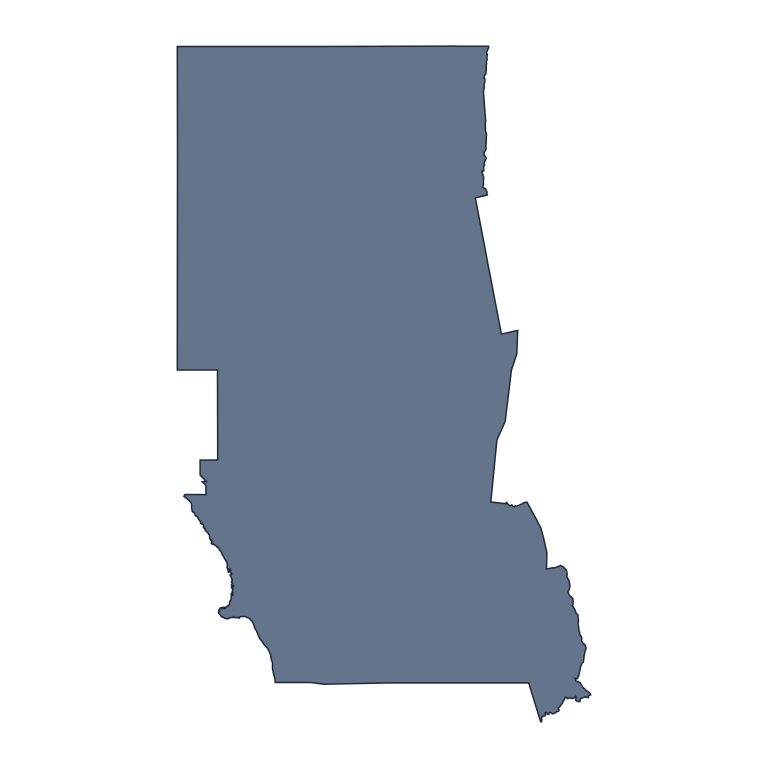 outline of Wakefield, South Australia, Australia
{"feature_id": "25037944B28741170589797", "entity_name": "Wakefield", "entity_type": "district", "adm_level": 2, "iso_a3": "AUS", "parent_name": "Australia", "parent_adm1": "South Australia", "projection": "equal_earth", "projection_center": [138.381, -34.007], "detail": "fine", "context": "isolated", "style": "filled", "palette": "slate", "viewbox_px": 768, "rotation_deg": 0, "n_neighbors": 0, "source": "geoboundaries", "source_scale": "gbopen_adm2", "svg_char_len": 6067}
<svg xmlns="http://www.w3.org/2000/svg" viewBox="0 0 768 768"><path d="M541.2,721.9L541.6,721.7L541.7,721.0L541.8,719.6L541.6,718.8L541.7,717.2L542.7,716.3L544.9,715.9L545.3,715.6L545.5,714.6L545.0,713.0L545.3,712.5L545.6,712.4L546.4,712.5L546.9,713.0L547.4,714.3L548.4,714.5L549.0,714.0L549.2,713.0L549.7,712.4L550.4,712.4L551.1,712.7L551.9,713.5L552.9,713.9L555.0,713.1L557.1,711.5L558.4,711.4L559.0,710.4L559.1,709.9L558.2,708.6L558.2,708.0L558.8,707.4L559.9,706.5L561.1,705.0L561.3,704.4L562.4,703.4L562.8,702.6L563.1,701.2L564.5,699.4L564.9,698.0L565.1,697.6L565.5,697.2L566.2,697.2L566.8,698.1L567.7,698.7L568.1,698.6L569.7,697.6L571.0,698.4L573.5,698.5L575.4,696.3L575.9,696.3L576.2,697.0L575.7,699.9L575.8,700.5L577.5,701.4L579.2,701.7L580.1,701.2L580.1,700.9L580.0,700.7L580.2,699.5L581.0,698.6L584.2,697.2L586.1,697.0L587.2,697.3L587.7,697.6L588.1,697.7L588.5,697.0L588.5,695.7L590.7,694.9L590.6,694.4L589.2,692.5L585.3,689.8L585.0,689.2L583.1,687.4L581.0,684.6L580.4,683.4L580.5,683.1L579.1,682.2L578.2,682.0L578.0,681.6L577.9,681.8L577.4,682.0L577.0,681.6L576.0,681.1L575.6,680.3L575.6,679.7L575.0,678.4L577.1,678.8L577.7,678.0L578.7,675.7L580.9,665.9L582.1,663.1L583.5,661.8L584.2,655.1L585.0,651.7L586.1,648.1L585.3,645.5L584.7,644.2L583.4,643.9L582.7,642.6L581.7,641.6L581.5,640.2L581.9,639.2L581.4,636.6L579.8,634.3L579.6,632.2L579.3,631.1L578.7,630.0L578.9,628.6L577.9,623.2L578.5,621.8L578.3,619.0L578.1,617.3L577.9,614.7L576.4,613.8L575.1,610.2L572.4,605.7L573.1,604.4L572.9,603.0L573.2,601.7L572.7,599.0L572.7,598.3L571.7,597.5L571.6,597.1L570.0,596.0L568.2,593.0L568.2,590.7L569.3,589.7L569.4,588.5L569.9,586.7L570.0,585.5L569.7,584.6L569.2,581.0L567.0,577.2L567.1,573.9L566.5,570.4L564.5,568.0L563.1,566.7L560.6,565.5L555.3,567.7L551.9,567.9L546.4,569.1L546.5,567.5L546.9,553.0L544.1,540.2L540.9,528.0L536.5,519.8L536.6,519.5L535.9,518.4L527.2,502.5L526.8,502.2L525.3,502.3L523.1,503.0L522.7,503.6L517.3,506.0L516.5,506.1L515.2,505.8L514.5,506.6L514.0,506.7L513.3,506.4L511.9,505.0L511.4,505.0L510.2,505.8L509.6,505.6L507.9,504.2L507.3,503.0L506.6,502.5L506.3,502.5L506.1,502.7L505.8,503.7L490.8,502.0L496.9,440.1L505.2,421.4L511.4,370.2L516.8,353.9L517.7,330.4L501.4,334.1L494.8,299.8L488.9,268.7L488.7,268.4L485.0,248.3L475.3,197.9L487.4,195.0L486.7,193.2L487.0,192.4L486.8,191.3L485.4,188.7L483.2,187.6L482.8,186.3L483.1,185.4L483.6,184.8L483.4,181.4L483.7,177.4L482.0,171.8L482.1,171.1L483.9,170.8L483.6,169.0L483.7,167.9L483.5,166.9L483.9,165.9L484.6,165.4L484.6,164.5L484.1,163.7L484.5,162.1L486.2,158.5L485.9,157.3L485.3,156.3L484.2,155.8L484.1,153.6L484.4,152.2L486.1,149.1L485.9,144.6L486.2,143.8L485.8,143.2L486.4,142.2L486.0,141.1L486.3,139.5L486.2,138.7L486.4,138.2L486.2,137.0L486.5,135.7L486.5,133.7L485.9,132.6L485.5,130.2L485.3,124.6L485.6,120.7L483.5,92.5L483.8,89.1L484.3,87.9L484.1,84.0L484.8,82.4L484.9,79.2L484.1,78.0L484.4,75.7L485.9,73.9L486.3,69.7L486.2,68.1L486.3,66.4L486.1,65.1L486.6,64.0L486.6,63.4L486.3,61.8L487.1,59.9L486.9,58.1L487.4,54.4L486.8,53.6L486.7,51.9L487.8,49.7L487.9,48.8L488.7,47.9L488.6,46.2L459.1,46.2L453.1,46.1L316.7,46.5L177.3,46.5L177.5,151.9L177.3,370.0L217.5,370.0L217.7,460.0L200.1,460.1L200.1,475.1L206.4,481.6L202.4,481.6L205.9,485.6L206.0,494.6L185.0,494.5L184.8,494.8L184.3,495.2L183.9,496.4L185.9,497.9L189.4,500.8L191.0,502.7L191.7,504.6L191.6,508.2L192.4,511.7L192.7,512.0L193.4,511.9L194.3,512.7L195.1,515.0L195.5,515.7L196.1,516.2L197.4,516.5L197.7,517.4L198.9,519.8L199.9,520.8L200.3,521.4L200.4,522.7L200.7,523.4L201.4,523.9L201.7,523.9L202.1,523.2L202.4,523.8L203.2,524.7L203.8,526.0L203.8,526.3L203.3,527.0L203.4,527.5L204.3,528.4L205.2,528.5L205.3,529.1L205.1,530.4L205.9,530.8L206.9,532.1L208.1,533.0L208.5,534.1L209.6,535.8L209.6,538.0L210.5,539.9L210.7,540.0L211.3,539.6L211.7,540.0L211.8,542.2L211.2,542.9L211.3,543.4L211.8,544.1L212.3,544.3L213.2,543.7L213.6,544.4L214.8,545.2L215.8,545.6L217.3,547.2L218.5,547.4L219.2,549.1L220.2,550.8L220.9,551.5L221.3,552.2L222.6,555.5L223.4,556.3L224.4,558.0L224.5,558.9L225.4,559.9L226.4,561.8L227.2,562.6L227.0,563.8L227.4,564.8L227.2,565.7L227.1,567.7L228.2,570.6L228.3,572.2L228.7,572.3L228.9,572.0L228.8,569.2L229.0,569.0L229.9,568.8L230.3,569.1L230.5,570.1L230.2,570.9L230.7,571.4L230.5,572.2L230.6,572.9L231.7,573.7L231.7,574.2L231.5,574.7L230.8,574.8L230.1,575.0L230.1,575.6L230.9,576.5L231.8,578.9L232.1,580.3L232.1,581.0L231.5,581.7L231.4,582.1L231.6,582.4L232.3,582.9L232.5,583.3L232.3,583.7L231.6,584.4L231.3,585.2L232.0,586.0L232.9,585.5L233.3,585.4L233.6,585.6L233.6,585.9L232.9,587.4L232.0,586.9L231.6,587.0L231.4,587.5L231.5,587.9L232.3,588.2L232.9,588.9L232.9,589.2L232.6,589.6L232.7,590.4L232.2,591.2L232.7,592.0L232.9,594.9L232.7,595.3L232.5,595.2L232.3,593.8L232.0,593.2L231.7,593.0L231.3,593.3L231.2,598.2L230.8,600.0L230.8,600.3L230.4,600.5L229.5,601.8L229.5,604.5L228.7,605.4L228.3,605.3L228.1,605.8L227.9,606.1L227.4,606.0L226.6,606.5L226.2,607.4L225.9,607.3L225.8,607.8L225.6,608.0L225.2,607.8L225.1,608.3L224.8,608.7L224.5,608.7L224.3,608.4L223.9,607.2L222.7,607.5L222.8,607.9L223.1,608.1L222.8,608.1L222.8,608.6L222.5,608.8L221.7,608.7L221.7,608.4L222.3,608.3L222.3,607.5L220.4,607.9L219.7,609.0L219.9,609.1L219.7,609.7L219.2,609.9L219.0,610.5L219.0,611.0L218.7,610.9L218.5,611.5L218.7,612.8L219.0,612.5L219.0,612.8L219.7,614.1L220.0,614.4L220.2,615.0L221.0,615.9L221.0,616.2L220.8,616.0L221.0,616.3L221.7,616.5L225.0,618.4L227.2,618.8L228.8,618.5L229.8,617.7L230.8,617.5L232.1,617.7L233.2,617.3L233.6,616.8L233.8,617.3L234.4,617.6L236.1,617.7L236.4,617.3L236.6,617.2L239.2,618.2L239.5,618.0L239.3,617.1L239.8,616.8L240.6,616.8L241.1,616.5L242.6,616.6L244.4,616.4L245.6,616.7L248.6,618.1L249.5,618.6L251.3,620.4L252.1,621.4L253.6,624.2L254.9,628.2L256.6,631.2L259.4,638.0L260.3,639.5L261.6,640.6L262.1,641.3L263.0,643.1L263.7,644.2L266.4,646.8L268.2,649.5L270.0,653.2L270.8,656.2L271.0,658.4L272.6,663.2L272.4,667.2L272.6,669.4L273.7,674.7L274.7,677.9L275.0,679.6L275.2,682.5L310.6,682.5L324.0,684.2L390.3,682.9L528.7,682.9L540.6,721.6L541.2,721.9Z" fill="#64748b" stroke="#1e293b" stroke-width="1.5"/></svg>